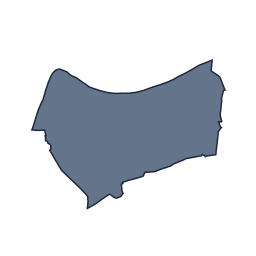 Long Xuyen, An Giang, Vietnam (Mercator projection), rotated 286°
{"feature_id": "81297802B27304776569222", "entity_name": "Long Xuyen", "entity_type": "district", "adm_level": 2, "iso_a3": "VNM", "parent_name": "Vietnam", "parent_adm1": "An Giang", "projection": "mercator", "projection_center": [105.422, 10.372], "detail": "fine", "context": "isolated", "style": "filled", "palette": "slate", "viewbox_px": 256, "rotation_deg": 286, "n_neighbors": 0, "source": "geoboundaries", "source_scale": "gbopen_adm2", "svg_char_len": 4103}
<svg xmlns="http://www.w3.org/2000/svg" viewBox="0 0 256 256"><g transform="rotate(286 128 128)"><path d="M58.8,138.1L59.2,138.5L59.5,138.8L59.7,139.2L59.9,139.6L60.1,139.9L60.3,140.0L60.6,140.1L60.9,140.3L61.4,140.4L62.0,140.6L62.7,140.8L63.3,141.0L63.8,141.3L64.6,140.6L65.0,140.2L65.7,139.7L66.1,139.5L66.1,139.4L67.2,139.0L68.2,138.7L71.6,137.3L72.3,137.1L73.1,138.4L73.3,138.4L73.9,138.1L74.7,137.8L74.8,138.3L75.4,139.3L76.1,140.4L78.1,143.4L80.0,146.6L82.0,149.9L84.0,153.1L85.2,154.8L85.4,155.2L85.5,155.4L85.7,155.6L86.0,155.8L86.3,156.0L86.5,156.1L86.8,156.0L87.1,156.0L87.4,156.0L87.6,156.0L87.8,156.2L88.0,156.2L88.4,156.2L88.7,156.2L89.0,156.2L89.4,156.1L89.7,156.1L89.8,156.3L89.9,156.5L90.1,157.0L90.3,157.3L91.7,161.3L92.5,163.1L93.0,164.6L93.4,165.6L95.0,167.8L97.1,170.5L99.0,173.1L100.2,175.1L103.6,179.9L106.1,181.8L108.7,185.2L110.7,187.6L112.1,189.5L113.6,191.3L114.7,192.2L114.8,192.5L114.9,192.9L115.1,193.4L115.6,194.2L116.5,196.2L116.9,196.9L117.2,197.4L117.6,198.4L118.6,200.3L119.5,202.1L119.9,202.9L120.5,204.0L120.9,204.9L121.3,205.8L121.5,206.2L122.4,206.5L123.2,206.7L123.0,207.4L122.8,207.9L122.7,208.4L122.3,209.5L122.0,210.1L121.7,210.3L121.8,210.4L122.1,210.6L122.4,210.9L122.8,211.3L125.2,216.8L126.5,219.8L130.4,219.0L130.7,219.0L141.2,217.3L148.3,216.0L149.1,215.7L154.2,217.6L154.2,217.1L154.3,216.7L154.8,216.3L155.5,215.9L155.8,215.6L156.0,215.2L156.4,215.0L156.8,214.7L157.4,214.4L157.9,214.2L158.8,213.2L159.0,213.5L159.4,215.1L159.8,216.2L160.0,216.3L160.5,216.2L160.8,216.0L160.9,215.6L161.3,215.5L162.0,215.3L163.0,214.6L163.6,214.1L164.9,213.6L165.8,213.1L166.0,213.0L169.1,212.5L180.9,210.4L181.9,209.7L190.4,209.5L191.3,210.8L193.0,209.4L195.8,207.3L198.2,205.4L201.4,203.0L201.9,202.5L202.3,202.1L202.9,201.0L203.8,198.5L205.5,193.1L205.9,192.3L206.2,192.1L206.6,191.9L208.2,191.7L208.9,191.5L210.0,191.4L210.5,191.4L211.3,191.2L212.4,190.9L214.9,190.5L215.7,190.3L216.5,190.1L213.9,186.9L212.7,185.3L212.0,184.5L210.2,182.0L208.6,179.9L207.8,178.9L206.5,177.7L203.7,175.0L202.0,173.5L199.9,171.4L196.9,168.4L195.1,166.5L193.1,164.2L191.8,162.7L190.2,161.1L186.9,158.0L186.4,157.3L185.5,156.2L184.3,154.9L183.2,153.5L180.4,149.6L179.3,148.2L173.6,139.7L172.6,138.3L171.8,137.1L168.6,132.9L164.7,126.4L164.6,126.1L161.6,119.2L161.1,117.3L160.2,114.3L159.9,113.0L159.8,112.5L158.7,109.4L157.9,106.8L157.3,104.3L157.0,102.0L156.6,99.4L156.4,97.2L156.3,94.3L156.2,91.2L156.2,89.2L156.4,87.0L156.5,83.5L156.6,81.5L156.7,80.1L156.9,79.1L157.2,78.4L157.6,77.1L158.4,75.1L158.9,73.2L159.9,70.5L160.4,69.0L160.8,67.8L161.6,66.0L162.0,64.5L162.3,63.4L162.4,62.0L162.6,60.1L163.1,58.0L163.3,57.3L163.7,56.7L164.6,55.0L165.1,53.8L165.2,52.5L165.4,50.9L165.6,49.1L165.6,48.3L165.8,47.3L165.8,46.3L165.5,45.2L164.9,44.2L164.0,42.9L162.3,41.7L160.0,40.5L158.2,40.1L155.8,39.5L152.5,39.2L151.4,39.0L149.3,38.8L147.2,38.7L144.4,38.6L140.8,38.4L136.1,38.5L132.4,38.5L130.3,38.2L128.6,37.9L126.9,37.6L124.5,37.3L122.4,37.0L119.4,36.7L113.5,36.6L106.3,36.5L101.4,36.3L99.6,36.2L99.9,37.4L100.1,38.8L100.3,39.7L100.7,41.5L101.1,42.8L102.3,46.0L102.8,48.6L101.7,49.2L99.6,50.3L98.0,51.2L97.6,50.5L97.4,50.6L95.4,51.7L95.0,51.8L94.7,51.7L94.1,51.8L93.0,52.3L93.0,52.5L93.1,52.8L93.1,53.2L93.1,53.8L93.1,54.1L92.9,54.5L92.6,54.7L92.2,54.8L91.9,54.9L91.6,55.1L91.2,55.3L91.1,55.5L91.0,55.8L91.1,56.1L91.1,56.4L91.1,56.8L90.9,57.3L90.7,57.7L90.4,58.0L90.1,58.3L89.6,58.6L89.2,58.8L88.7,59.0L87.6,59.3L86.0,59.5L85.7,59.5L85.5,59.3L85.1,59.0L85.0,58.9L84.8,59.0L82.6,61.4L79.8,64.3L77.0,67.1L75.8,68.6L73.2,71.3L71.3,73.3L69.0,75.8L68.7,76.3L67.3,79.0L65.0,83.2L64.7,83.8L63.1,86.9L61.6,89.9L60.9,91.2L59.9,93.0L59.4,94.0L58.4,95.8L57.0,98.6L56.4,99.7L52.5,106.1L51.2,107.9L50.8,108.3L48.0,109.1L46.7,109.8L39.5,111.1L44.5,116.1L46.1,117.7L47.7,119.0L49.6,120.4L50.7,121.3L51.0,121.5L51.4,121.8L53.7,123.7L56.9,126.4L57.5,126.9L58.3,127.4L58.8,127.9L59.0,128.3L59.0,128.7L59.0,129.3L59.0,129.9L58.9,130.2L58.5,131.0L58.0,132.1L57.7,133.0L57.4,133.9L57.3,134.7L57.3,135.3L57.4,136.1L57.6,136.7L58.6,137.7L58.8,138.1Z" fill="#64748b" stroke="#1e293b" stroke-width="1.5"/></g></svg>